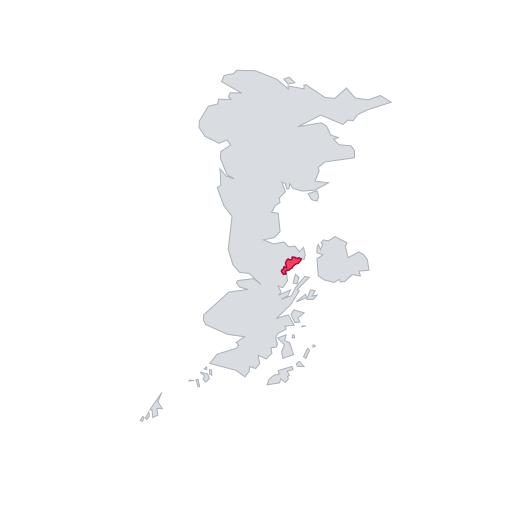 location of South Ayrshire within United Kingdom, rotated 205°
{"feature_id": "GBR-2009", "entity_name": "South Ayrshire", "entity_type": "Unitary District", "adm_level": 1, "iso_a3": "GBR", "parent_name": "United Kingdom", "parent_adm1": "", "projection": "albers", "projection_center": [-4.694, 55.293], "detail": "fine", "context": "in_parent", "style": "filled", "palette": "rose", "viewbox_px": 512, "rotation_deg": 205, "n_neighbors": 0, "source": "natural_earth", "source_scale": "10m", "svg_char_len": 5000}
<svg xmlns="http://www.w3.org/2000/svg" viewBox="0 0 512 512"><g transform="rotate(205 256 256)"><path d="M272.5,391.0L253.2,404.3L247.0,403.6L239.4,397.2L231.6,398.1L234.8,394.8L228.1,391.8L216.4,396.0L211.3,393.1L208.2,386.7L233.3,370.4L237.0,362.5L234.8,360.1L234.2,348.8L221.3,352.9L230.5,340.5L241.5,334.4L251.0,332.8L256.1,335.9L254.5,331.0L256.7,329.7L260.0,334.1L263.7,333.8L256.6,326.6L259.5,318.5L256.8,314.5L259.8,310.1L260.3,302.2L253.9,304.1L244.5,288.3L247.1,280.6L256.0,273.8L245.2,274.3L236.7,280.5L230.4,278.1L224.8,281.4L218.5,278.2L216.5,283.9L211.8,277.7L211.0,273.0L213.5,272.9L221.5,254.2L217.0,246.9L218.4,238.5L223.4,238.1L218.0,234.0L218.9,230.1L210.4,239.9L210.3,233.4L214.9,227.3L207.0,235.1L206.8,244.2L203.2,258.1L198.7,259.1L204.4,243.0L202.0,242.6L204.0,226.6L211.2,208.1L201.7,216.3L192.2,209.3L200.3,204.5L197.7,202.6L203.2,195.4L203.9,190.6L199.3,185.2L199.3,182.0L203.6,179.1L200.5,174.6L203.3,166.9L212.1,167.0L207.2,160.0L208.7,153.9L215.0,153.0L213.5,148.6L214.9,141.9L226.1,143.9L252.5,139.1L249.7,150.6L234.8,164.1L234.0,168.0L237.5,169.2L232.1,178.1L248.5,173.0L272.4,172.6L276.6,175.7L278.5,180.7L265.3,211.9L249.2,222.3L257.8,220.9L262.6,223.6L262.2,226.0L248.4,234.6L239.6,232.3L254.9,237.3L264.0,234.2L273.4,238.5L284.0,250.3L294.4,281.6L306.6,288.2L320.0,301.6L317.7,305.3L325.6,319.9L316.9,315.8L308.5,316.7L316.5,317.4L329.7,329.6L332.0,335.9L325.8,345.7L331.3,348.9L337.0,342.6L352.8,342.9L361.9,348.4L364.4,354.6L362.5,371.6L354.9,377.7L356.3,382.2L344.8,387.4L348.2,388.6L348.4,393.0L338.1,397.6L361.0,399.5L361.2,406.2L353.5,411.8L351.9,416.3L334.9,423.6L311.9,425.0L297.0,420.9L299.0,423.6L283.0,427.8L284.8,431.3L283.1,432.3L260.5,428.8L251.2,432.1L245.0,446.5L232.8,441.1L220.3,444.9L211.1,454.0L198.4,452.5L216.4,436.0L223.7,427.1L225.1,419.8L230.3,417.9L232.7,412.0L256.9,411.0L272.5,391.0ZM192.6,307.0L179.0,306.4L179.2,302.6L171.8,293.4L164.6,303.2L158.6,302.6L153.4,299.7L147.6,290.7L156.2,285.9L153.0,282.0L160.8,279.8L164.8,270.4L168.2,268.2L170.6,269.9L174.0,265.1L183.9,263.2L191.1,264.3L199.5,279.1L196.0,285.5L202.3,284.7L204.6,290.7L204.3,292.9L200.3,288.9L200.6,295.0L202.7,295.5L201.6,299.1L196.9,300.3L192.6,307.0ZM192.1,149.1L189.6,155.4L185.0,158.8L187.5,161.5L176.8,171.1L174.4,168.7L179.0,164.8L175.2,161.8L176.6,160.1L174.7,158.4L176.0,153.8L181.8,155.2L181.0,151.0L191.5,143.9L192.1,149.1ZM192.5,180.5L192.6,187.5L201.8,190.8L195.3,197.4L194.5,191.6L188.8,191.5L180.3,182.5L188.5,174.5L192.5,180.5ZM281.3,65.9L285.3,72.7L287.2,71.6L283.7,92.5L283.4,82.4L276.4,78.0L281.5,76.0L277.7,70.3L281.3,65.9ZM199.1,223.1L188.2,224.8L191.9,217.6L188.3,214.7L192.7,212.0L199.5,217.8L199.1,223.1ZM229.4,330.5L235.2,334.5L228.2,340.9L224.2,336.2L223.9,331.6L229.4,330.5ZM191.7,238.1L192.3,248.2L187.8,249.9L188.0,243.5L184.0,246.5L185.8,240.8L191.7,238.1ZM252.1,122.1L251.8,125.5L257.7,127.2L250.1,128.7L246.4,125.2L248.3,120.5L252.1,122.1ZM212.6,256.1L207.9,254.8L207.1,248.0L211.0,247.2L212.6,256.1ZM305.5,428.1L301.4,432.0L294.0,429.5L299.6,425.3L305.5,428.1ZM194.8,242.4L192.8,239.5L200.0,231.4L198.5,235.5L194.8,242.4ZM171.9,173.4L174.0,175.5L172.1,178.9L165.7,176.1L171.9,173.4ZM170.3,194.1L167.7,193.4L167.4,184.3L170.3,184.7L170.3,194.1ZM287.2,69.1L284.9,65.9L285.9,61.6L287.8,62.8L287.2,69.1ZM258.1,118.7L256.5,119.7L251.9,113.9L253.3,113.0L258.1,118.7ZM250.2,133.3L248.0,133.8L245.7,129.2L248.1,129.3L250.2,133.3ZM291.5,58.0L290.8,62.7L289.1,62.3L289.0,58.2L291.5,58.0ZM263.6,115.5L259.3,117.1L264.0,114.5L263.6,115.5ZM189.4,200.2L188.1,200.5L186.4,198.2L188.6,197.0L189.4,200.2ZM255.3,131.9L253.8,134.6L252.6,132.2L255.3,131.9ZM184.1,212.5L181.3,213.6L185.1,211.0L184.1,212.5ZM166.7,199.5L164.9,199.9L164.2,199.1L166.0,197.5L166.7,199.5Z" fill="#d9dde1" stroke="#a8b0b8" stroke-width="1"/><path d="M214.0,272.7L213.7,272.0L213.6,271.5L213.6,270.7L213.8,270.2L214.2,269.3L214.3,268.8L214.4,268.0L214.5,267.3L214.9,266.9L215.8,266.4L217.2,264.5L217.3,264.4L217.5,264.4L217.5,263.9L217.5,263.7L218.0,262.4L218.1,262.1L218.1,261.8L218.1,261.0L218.1,260.6L218.2,260.4L218.9,259.5L219.3,259.2L219.5,259.0L219.6,258.6L219.8,257.8L220.0,257.4L220.6,256.8L222.0,256.1L222.5,255.4L222.7,254.4L222.5,253.5L222.0,252.9L221.2,252.6L221.7,251.9L221.9,251.9L222.0,251.9L222.8,251.4L223.4,250.9L223.8,251.2L224.5,251.5L225.3,252.1L226.3,252.6L226.7,253.5L226.6,254.3L226.5,254.8L226.0,255.4L225.6,255.8L225.5,256.2L225.6,256.6L225.9,257.0L226.0,257.5L226.0,258.1L225.9,258.4L225.5,258.4L224.8,258.1L224.2,258.1L223.7,258.0L223.5,258.3L223.5,258.6L223.9,259.2L224.1,259.7L224.5,260.1L225.1,260.6L225.7,261.1L226.1,261.7L226.3,262.2L226.3,262.8L226.3,263.7L226.4,264.3L226.3,265.2L226.1,265.8L225.9,266.5L225.4,267.0L224.4,266.6L224.1,266.7L222.8,267.4L222.1,268.1L222.0,268.6L222.1,269.4L222.7,269.7L222.7,270.0L222.7,270.3L222.4,270.6L221.0,271.0L219.6,271.0L219.4,271.3L218.9,270.9L217.4,271.2L217.2,271.5L217.0,272.0L216.5,272.5L216.3,272.6L215.5,272.2L215.0,272.2L214.0,272.7Z" fill="#f43f5e" stroke="#9f1239" stroke-width="1.5"/></g></svg>